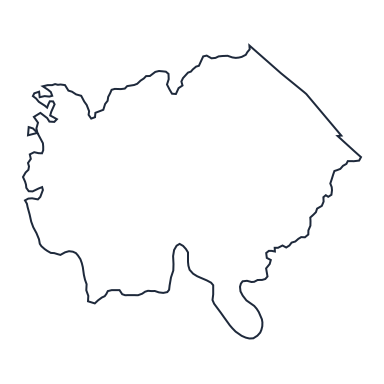 Rio Bonito do Iguaçu, Paraná, Brazil (Robinson projection)
{"feature_id": "56859067B65840110240263", "entity_name": "Rio Bonito do Iguaçu", "entity_type": "district", "adm_level": 2, "iso_a3": "BRA", "parent_name": "Brazil", "parent_adm1": "Paraná", "projection": "robinson", "projection_center": [-52.634, -25.559], "detail": "fine", "context": "isolated", "style": "outline", "palette": "slate", "viewbox_px": 384, "rotation_deg": 0, "n_neighbors": 0, "source": "geoboundaries", "source_scale": "gbopen_adm2", "svg_char_len": 3403}
<svg xmlns="http://www.w3.org/2000/svg" viewBox="0 0 384 384"><path d="M254.2,281.8L257.6,280.0L262.2,279.9L265.3,279.0L267.5,276.5L266.1,268.4L269.7,264.0L270.8,260.0L266.8,257.9L266.2,253.0L268.8,250.9L271.7,250.9L274.9,251.5L274.7,247.8L278.0,247.8L282.5,245.5L286.2,247.5L289.4,245.5L291.6,242.6L295.3,241.5L298.4,238.8L301.2,237.1L304.9,237.3L308.3,234.5L308.4,230.4L310.4,225.7L310.5,221.1L310.3,217.5L313.3,214.8L315.9,212.2L317.1,208.6L321.8,205.9L323.6,201.6L323.4,197.2L325.8,195.2L328.2,196.8L331.4,194.8L332.0,190.2L331.7,187.1L330.3,183.5L331.6,179.6L333.1,174.8L334.4,171.0L336.9,170.2L340.3,168.9L343.0,165.8L346.4,163.9L347.8,161.1L350.7,161.1L353.8,161.2L359.1,160.6L361.0,157.1L358.7,155.1L354.2,151.1L337.6,136.0L341.3,135.6L306.3,94.0L304.2,92.2L280.9,73.2L249.4,45.5L249.7,49.3L247.3,52.2L245.8,54.8L241.7,56.9L238.7,57.6L235.7,57.9L232.3,57.4L227.6,55.8L222.6,56.0L218.6,56.4L215.5,57.9L211.5,58.3L206.7,55.6L203.2,56.4L198.9,65.8L196.1,66.6L192.8,69.4L190.9,71.6L188.0,72.6L183.0,78.1L181.4,81.5L182.5,85.5L178.6,88.1L175.9,94.0L172.0,93.7L169.6,89.6L167.0,84.5L168.7,79.2L168.5,73.9L165.9,71.7L163.3,71.4L159.0,71.0L155.3,71.9L149.9,76.0L146.1,76.1L143.8,78.5L140.6,80.6L137.2,83.8L134.1,85.0L127.2,86.1L124.8,88.6L120.8,89.1L114.8,88.9L111.6,89.8L110.1,93.3L108.2,96.9L107.6,100.8L105.1,104.0L103.3,109.8L95.4,112.8L95.0,117.2L91.2,118.6L88.6,114.8L89.1,111.2L86.7,105.0L84.2,101.5L81.2,95.8L76.1,94.4L72.0,91.7L68.4,90.6L65.0,85.1L60.6,84.5L57.9,84.8L55.1,84.1L52.2,85.1L47.8,85.1L42.8,86.3L48.1,89.8L50.8,92.0L52.2,95.8L49.3,96.6L44.6,96.1L39.7,97.2L39.1,91.7L34.3,93.3L32.9,96.1L36.1,98.5L38.8,101.8L44.7,105.6L47.1,107.6L48.4,104.2L49.8,101.3L53.1,101.4L54.6,104.3L51.2,111.9L50.2,115.5L53.2,117.1L56.9,119.2L54.3,121.9L49.4,121.6L47.2,118.1L40.4,112.9L33.9,116.9L38.0,122.7L36.4,128.4L37.4,132.9L39.4,136.6L42.9,143.2L43.2,146.5L43.2,150.3L42.0,153.3L38.7,153.2L34.2,152.2L29.8,154.4L30.8,158.9L28.0,163.0L29.0,166.4L28.4,169.8L25.6,172.5L23.0,177.0L25.1,181.7L26.0,184.7L26.3,187.8L28.7,191.2L32.6,191.4L38.6,188.5L42.1,187.1L42.9,190.0L40.3,196.9L37.9,199.4L32.1,198.3L28.3,198.6L25.0,200.4L26.9,203.7L27.6,207.1L29.6,214.4L31.2,221.6L33.3,227.3L36.5,233.2L39.0,239.3L39.8,243.8L41.4,246.2L44.7,249.1L47.3,250.9L50.8,252.9L54.2,253.1L57.8,254.2L60.4,254.9L65.1,252.3L69.0,251.2L72.9,251.7L75.9,253.1L77.9,255.4L80.4,259.2L81.8,263.1L82.8,267.1L83.9,274.9L85.0,279.7L86.6,284.2L86.3,290.3L88.3,295.9L88.0,301.3L94.8,303.4L98.1,300.3L101.9,297.5L104.7,296.2L106.4,293.9L107.8,291.1L111.8,290.1L119.5,290.1L122.2,294.2L125.1,295.2L130.3,295.1L138.1,295.2L142.2,293.7L145.1,291.7L148.0,290.8L151.7,291.1L154.8,291.0L159.0,292.4L163.3,292.9L167.3,292.1L169.1,289.8L169.6,285.5L171.0,277.4L173.3,270.5L173.5,264.1L173.1,256.1L174.1,250.0L176.6,245.7L179.6,243.9L183.1,245.9L185.9,249.0L188.0,252.4L188.0,261.9L188.4,265.7L189.6,269.8L193.1,273.7L197.1,276.2L199.8,277.4L206.8,280.4L211.1,282.7L213.2,285.2L213.2,294.4L212.5,300.0L214.1,303.7L221.0,313.0L224.1,317.4L229.8,325.3L232.3,328.2L235.6,331.6L241.6,335.8L245.7,337.6L249.4,338.5L253.3,338.3L257.4,335.7L260.2,332.6L261.4,329.8L262.3,326.2L262.4,322.3L261.9,319.3L258.8,312.1L256.7,308.8L254.2,305.9L246.4,300.4L242.7,295.6L240.5,291.4L240.0,286.8L240.9,283.6L242.6,281.3L247.0,280.8L251.5,282.0L254.2,281.8ZM28.7,127.1L28.0,135.3L37.4,132.9L32.9,128.4L28.7,127.1Z" fill="none" stroke="#1e293b" stroke-width="2"/></svg>